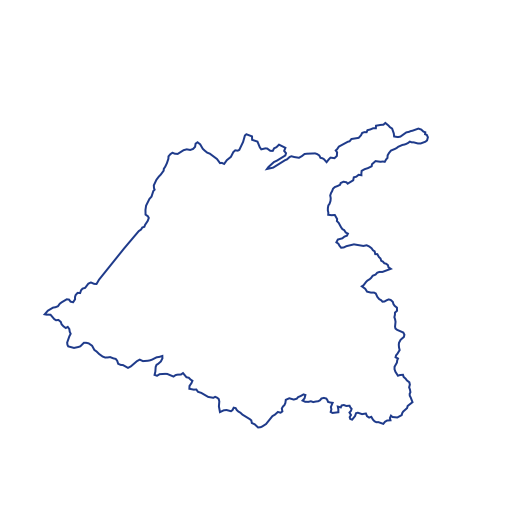 the district of Mombaça, Ceará, Brazil, rotated 195°
{"feature_id": "56859067B71410227491082", "entity_name": "Mombaça", "entity_type": "district", "adm_level": 2, "iso_a3": "BRA", "parent_name": "Brazil", "parent_adm1": "Ceará", "projection": "albers", "projection_center": [-39.786, -5.836], "detail": "fine", "context": "isolated", "style": "outline", "palette": "blue", "viewbox_px": 512, "rotation_deg": 195, "n_neighbors": 0, "source": "geoboundaries", "source_scale": "gbopen_adm2", "svg_char_len": 6093}
<svg xmlns="http://www.w3.org/2000/svg" viewBox="0 0 512 512"><g transform="rotate(195 256 256)"><path d="M363.4,334.1L365.0,332.3L366.3,329.6L365.8,327.2L366.1,322.5L366.8,318.7L367.6,316.4L367.3,314.5L369.1,309.9L370.4,307.6L371.9,303.9L373.0,297.8L372.1,295.2L371.1,293.8L372.0,292.2L372.3,286.3L373.7,283.6L375.2,276.2L374.7,271.9L373.4,267.4L370.7,266.4L369.4,265.0L369.7,261.8L371.2,257.4L371.4,255.3L373.2,254.1L373.9,251.8L375.7,249.7L385.3,229.3L401.5,192.5L402.8,187.7L405.1,187.2L408.6,187.7L410.8,185.9L412.8,181.0L415.1,179.6L416.1,177.6L416.3,174.7L418.8,174.2L420.1,171.6L420.2,169.6L419.6,167.3L420.7,164.0L423.3,163.9L425.3,165.5L427.6,165.2L431.8,160.9L433.2,159.1L434.3,156.2L436.5,154.6L438.7,153.6L442.9,149.3L445.0,145.0L443.2,145.1L439.3,146.1L434.5,142.8L432.5,142.2L430.3,143.1L427.5,141.8L426.1,139.7L423.7,138.2L421.1,137.2L419.5,138.8L417.4,137.1L416.3,134.6L414.9,132.9L415.5,130.1L416.0,123.5L415.2,121.5L414.0,120.1L408.0,120.1L403.9,122.2L402.3,123.3L399.8,127.6L397.6,128.2L395.0,128.3L391.1,126.9L387.8,123.4L385.3,122.5L382.3,120.8L378.2,119.2L375.4,118.9L373.1,119.6L370.7,120.6L367.3,120.2L364.9,120.3L363.0,118.9L361.2,116.2L358.5,115.8L356.2,116.2L350.7,114.8L348.3,117.0L343.8,123.6L341.5,125.8L338.0,125.2L333.4,126.8L331.5,127.7L329.7,128.9L325.8,132.4L323.1,133.6L320.6,135.2L319.9,132.9L320.6,129.5L322.6,126.5L323.9,125.2L324.2,122.9L323.3,118.3L323.2,114.9L320.6,114.7L318.5,116.9L313.1,118.7L311.2,119.1L304.5,118.2L302.9,120.1L301.3,121.0L297.8,122.1L296.2,124.0L291.8,120.9L289.4,121.0L287.4,119.8L285.1,119.0L285.5,116.3L286.6,113.3L286.0,110.5L281.5,110.8L279.1,111.6L276.9,109.8L273.4,109.6L265.7,107.5L260.5,108.0L259.0,109.4L256.7,109.0L255.0,108.2L253.8,106.0L252.9,101.1L250.4,95.9L247.2,98.6L244.6,99.6L240.0,99.6L238.8,101.1L238.3,103.7L236.3,103.8L234.7,102.2L232.8,101.2L230.5,100.6L228.1,99.3L219.7,96.8L218.0,96.0L216.8,93.6L213.7,93.1L209.6,90.9L207.1,91.9L205.8,93.0L202.8,96.3L198.7,105.6L196.7,107.6L194.5,111.0L191.7,111.0L190.3,112.7L191.6,115.4L191.0,117.7L190.0,119.2L189.6,121.6L190.0,124.8L187.0,127.2L182.4,127.1L179.7,128.7L178.8,130.6L176.6,132.3L174.3,134.6L172.3,134.5L172.3,131.0L173.6,128.4L170.7,127.9L167.6,128.7L165.4,129.9L162.9,129.7L160.6,130.9L158.3,131.8L156.8,133.2L155.9,135.3L153.7,136.5L151.2,136.5L149.7,135.2L148.6,133.7L146.2,133.7L144.0,134.0L144.6,129.5L143.5,127.4L143.5,124.7L141.5,124.2L136.0,126.4L136.8,129.2L138.0,131.7L134.9,131.7L134.6,133.8L132.6,134.8L130.0,134.5L126.9,135.6L125.7,134.2L124.1,133.1L124.2,131.0L125.2,129.0L123.1,127.0L123.8,124.6L122.8,123.0L120.8,122.8L118.9,127.0L118.7,130.0L117.1,131.0L112.6,130.7L109.1,132.3L107.3,130.0L104.9,129.2L103.0,130.5L100.7,128.2L98.7,127.0L96.7,126.6L94.8,127.2L89.6,126.8L88.5,129.3L86.8,131.0L83.6,132.1L84.7,134.1L84.3,136.7L82.5,135.8L77.7,136.6L74.1,140.0L74.1,142.1L73.6,143.8L70.7,148.2L70.7,150.4L67.0,155.3L69.9,159.3L71.3,160.8L71.9,162.6L71.6,164.4L72.7,166.8L74.1,168.8L74.1,171.6L75.2,173.7L78.1,174.9L79.7,176.2L82.1,177.4L83.3,179.3L86.3,178.2L87.9,177.1L91.4,180.3L92.9,182.5L93.5,184.9L92.3,189.5L92.6,191.8L92.3,193.7L95.0,194.3L95.0,196.3L94.1,198.2L92.9,202.3L94.2,204.7L95.1,207.2L95.4,209.2L94.6,212.6L92.2,216.1L92.3,218.4L93.9,220.2L100.6,221.2L102.5,222.0L103.4,223.7L104.2,228.6L105.3,230.9L106.5,232.7L106.6,235.2L107.1,237.3L105.6,239.6L106.5,242.6L109.1,243.7L110.7,245.0L112.0,247.1L114.5,248.4L116.6,248.4L118.3,247.1L120.1,245.3L122.0,244.6L123.7,245.7L125.8,246.2L128.2,247.9L130.6,250.8L132.5,251.2L135.6,250.4L139.5,250.3L142.0,252.6L145.9,254.1L144.6,255.5L142.9,259.6L142.0,261.1L140.2,263.0L139.1,264.7L138.2,267.1L135.7,269.0L134.6,271.2L132.6,272.6L129.8,273.3L122.5,278.5L125.1,279.4L126.2,281.3L128.2,282.2L130.2,282.2L131.9,283.4L133.8,283.8L135.1,285.8L137.0,286.8L139.3,289.2L141.3,288.7L142.6,291.2L144.5,291.8L146.4,293.4L149.1,294.5L151.9,295.0L154.9,293.5L164.4,292.6L171.2,288.9L173.4,287.0L175.9,286.0L178.1,287.6L179.6,289.2L181.9,290.0L181.2,293.1L177.2,295.4L175.6,297.6L173.4,299.2L173.0,301.4L175.4,301.9L177.5,303.8L179.5,304.3L181.4,305.9L184.7,309.4L186.9,310.7L187.2,312.7L190.5,316.0L193.5,315.0L196.9,314.5L197.3,316.5L198.4,318.6L199.0,321.0L199.2,323.6L198.5,325.4L198.3,328.5L198.8,331.2L200.0,333.7L199.8,336.4L199.3,338.2L199.0,341.0L197.7,343.0L195.2,344.8L193.2,346.6L193.1,348.4L190.7,350.4L187.7,350.6L186.2,349.6L181.7,354.3L181.9,357.3L179.6,358.6L177.9,361.0L175.1,361.3L175.6,363.0L176.0,365.6L173.5,368.0L170.7,369.8L167.5,372.6L167.7,374.7L165.1,378.6L160.2,379.2L157.9,380.1L156.0,380.3L155.3,383.0L154.4,384.7L154.9,387.3L154.2,389.9L152.9,392.8L149.5,395.4L148.1,396.7L146.9,398.3L143.3,401.2L141.6,402.0L140.1,403.0L138.4,404.5L137.0,406.3L135.0,406.1L133.2,406.6L128.7,406.6L126.1,407.3L122.0,410.2L120.7,411.9L120.7,415.2L122.4,417.2L124.2,417.4L124.5,419.3L126.5,419.5L129.1,420.9L132.1,421.1L137.3,417.5L138.9,416.7L140.4,415.5L142.8,414.3L147.4,408.7L149.7,407.6L153.5,407.2L154.6,410.0L157.5,414.3L160.0,415.1L161.8,416.3L165.5,418.0L166.9,415.8L169.5,414.9L173.8,412.9L173.3,410.4L175.9,409.7L178.5,407.7L180.9,406.4L181.2,404.2L183.3,403.7L185.3,402.4L185.8,399.8L187.4,396.7L194.1,393.7L195.3,391.0L196.9,390.1L204.3,383.1L205.3,380.1L206.3,378.6L204.5,377.1L203.8,373.6L205.5,370.8L209.5,370.3L210.7,368.2L212.1,364.9L215.4,367.1L217.1,367.6L219.1,367.5L220.9,369.5L223.4,370.3L225.5,370.4L233.2,368.0L235.5,367.1L237.5,364.4L239.9,362.0L244.6,361.5L247.6,361.5L249.1,360.4L251.1,357.3L252.7,356.1L262.3,345.8L267.9,342.9L267.0,345.2L263.0,351.4L260.5,353.5L253.7,360.7L253.6,363.1L256.0,364.8L255.6,368.1L262.6,369.5L264.4,366.4L266.4,364.7L267.0,361.9L269.4,361.3L273.0,362.7L274.8,362.4L278.5,360.4L280.4,361.9L284.2,366.9L289.8,367.2L290.8,370.5L296.8,371.1L297.9,369.5L298.0,362.8L299.6,354.2L300.9,353.0L303.4,352.7L304.8,350.5L305.9,345.3L309.0,341.0L310.6,336.7L313.1,337.1L314.8,336.4L318.8,339.6L327.1,342.9L329.9,343.2L333.0,344.6L335.2,345.8L338.8,349.4L341.9,350.7L343.4,348.9L343.1,345.7L344.5,343.1L347.0,341.4L350.5,341.1L353.3,339.5L358.1,334.3L361.0,333.8L363.4,334.1Z" fill="none" stroke="#1e3a8a" stroke-width="2"/></g></svg>